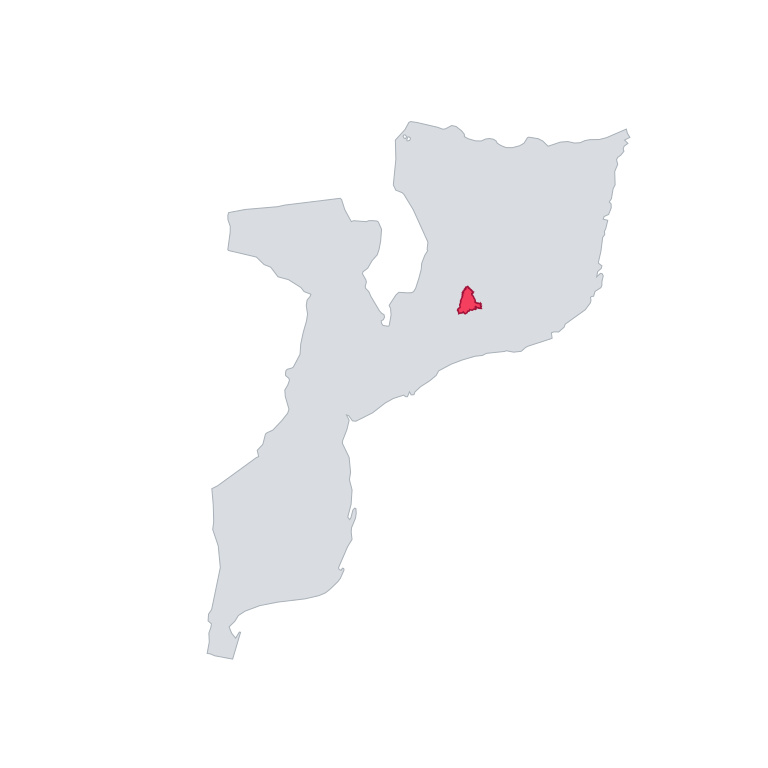 Ile, Zambezia, Mozambique (highlighted), rotated 13°
{"feature_id": "85939544B3686787806290", "entity_name": "Ile", "entity_type": "district", "adm_level": 2, "iso_a3": "MOZ", "parent_name": "Mozambique", "parent_adm1": "Zambezia", "projection": "albers", "projection_center": [37.321, -15.981], "detail": "fine", "context": "in_parent", "style": "filled", "palette": "rose", "viewbox_px": 768, "rotation_deg": 13, "n_neighbors": 0, "source": "geoboundaries", "source_scale": "gbopen_adm2", "svg_char_len": 7509}
<svg xmlns="http://www.w3.org/2000/svg" viewBox="0 0 768 768"><g transform="rotate(13 384 384)"><path d="M239.8,524.7L244.6,520.8L276.2,484.4L278.2,483.0L275.4,477.1L279.5,470.1L279.8,459.4L281.1,457.7L286.0,454.0L292.6,442.8L296.7,434.1L297.1,430.0L290.7,418.5L288.7,412.2L290.5,406.7L291.0,401.7L290.2,400.0L286.3,398.0L285.6,395.7L285.5,393.0L286.3,391.5L290.9,389.0L291.9,387.7L295.5,374.0L293.9,363.8L293.7,352.0L294.3,339.9L293.8,333.0L290.6,325.1L290.2,319.4L292.3,315.4L292.6,313.0L285.3,311.9L281.4,308.7L267.4,303.8L256.6,303.4L247.4,295.7L240.3,294.6L231.1,289.0L202.7,288.9L201.6,288.3L200.0,270.8L198.8,265.1L195.0,259.0L193.9,254.8L194.1,251.9L209.7,245.1L240.4,235.2L247.1,232.0L299.6,212.9L301.2,213.9L306.6,223.0L315.6,233.1L317.7,231.7L330.4,229.8L332.2,228.4L336.1,227.4L340.5,226.8L342.0,227.4L346.8,233.8L348.6,245.7L348.9,253.8L348.4,259.6L344.7,266.3L342.1,274.8L338.2,279.5L338.3,281.6L342.9,286.6L343.9,288.7L343.7,293.1L344.5,294.9L348.5,297.5L351.5,301.6L363.1,313.7L366.0,315.8L368.3,316.3L369.5,318.7L368.9,321.5L367.1,323.1L367.9,325.4L370.0,327.2L375.2,326.8L375.9,326.0L375.4,315.3L373.5,309.1L371.3,306.2L375.6,294.5L377.9,291.3L386.5,289.9L390.4,288.8L392.0,287.4L393.3,283.7L394.2,273.4L394.5,263.7L393.6,258.0L394.8,249.4L396.6,244.1L395.7,243.1L394.9,235.9L373.2,207.5L360.8,194.8L358.7,193.5L351.9,192.5L348.3,187.9L345.0,162.3L340.2,143.8L347.2,131.4L349.4,123.5L350.9,122.3L357.0,121.8L378.5,121.8L383.8,122.5L386.3,121.7L391.9,116.9L396.4,116.9L402.7,119.9L406.1,122.6L406.7,124.9L410.8,126.1L418.6,126.5L424.2,125.3L427.8,122.5L431.5,121.1L435.3,120.9L438.3,121.8L440.2,123.9L444.1,125.3L449.7,126.2L455.8,124.9L462.5,121.4L466.3,117.8L468.4,111.7L469.6,110.9L479.0,110.3L484.0,111.5L490.4,115.4L501.5,108.6L508.6,106.4L515.3,106.4L520.8,104.8L525.1,101.6L529.7,99.6L538.9,97.3L545.3,94.0L562.8,81.1L564.7,84.9L568.1,88.4L563.5,92.2L567.5,94.7L564.5,98.3L564.1,100.8L565.4,103.3L563.4,107.5L560.8,110.6L560.1,113.1L562.3,117.4L561.0,125.1L564.4,138.0L563.3,142.2L563.9,152.3L562.5,156.0L564.7,157.3L565.8,161.3L564.7,168.3L560.9,171.2L560.4,174.1L565.2,174.2L565.1,183.1L564.4,185.7L565.5,188.7L564.1,191.9L565.5,206.1L565.5,216.4L565.7,218.0L569.8,219.9L569.6,222.7L566.9,226.3L567.1,231.8L570.0,227.5L571.8,227.5L573.3,229.3L573.3,235.5L574.1,238.6L573.7,241.3L568.8,246.3L568.5,251.3L566.6,252.0L565.7,253.2L566.9,256.0L566.8,258.6L563.4,266.4L547.1,284.9L546.7,288.1L542.5,294.0L538.1,294.9L535.6,296.4L537.5,301.7L515.9,314.7L513.8,316.5L510.3,321.3L503.2,323.8L495.6,324.1L494.3,325.1L476.9,331.1L473.5,334.0L466.1,336.6L454.5,343.2L445.1,349.5L434.3,358.9L432.9,363.9L427.9,370.5L420.3,378.3L415.9,384.8L415.6,387.7L412.9,388.5L410.6,385.8L409.7,391.1L407.8,391.5L405.8,390.4L396.3,396.0L389.3,402.4L379.3,414.7L364.9,426.6L361.5,427.0L356.9,422.9L354.4,422.6L358.2,427.1L358.1,437.0L356.4,448.6L356.7,451.1L366.5,463.3L371.3,477.6L371.8,485.0L376.7,494.4L379.0,508.6L378.6,521.8L381.0,523.9L381.8,522.0L382.1,513.7L383.4,511.5L384.7,511.8L386.0,516.3L386.4,521.0L384.7,531.4L385.3,535.6L387.8,542.6L385.1,550.8L381.0,573.3L382.0,574.8L384.2,575.2L384.9,572.8L386.2,572.8L386.9,574.2L385.2,583.1L383.5,587.0L377.3,596.5L374.0,600.6L368.4,604.7L355.4,611.1L329.3,620.5L312.8,627.9L299.8,636.5L294.2,642.3L292.0,648.8L287.7,655.5L291.6,661.1L296.6,665.0L298.8,658.3L300.1,658.2L298.4,686.1L280.4,686.9L275.2,686.0L272.3,686.3L271.8,674.7L269.4,666.1L270.1,659.8L269.8,656.5L265.9,654.4L264.8,647.7L266.8,642.5L265.8,599.6L258.9,579.0L249.8,564.2L249.1,556.7L244.8,540.1L239.8,524.7ZM352.1,141.9L354.3,140.8L354.6,138.6L353.1,137.6L351.8,137.8L351.2,141.3L352.1,141.9ZM350.5,138.0L348.6,136.5L347.3,136.9L346.8,138.3L348.3,140.0L349.8,140.0L350.5,138.0Z" fill="#d9dde1" stroke="#a8b0b8" stroke-width="1"/><path d="M443.7,270.1L443.5,270.3L443.4,270.3L443.3,270.6L443.2,270.6L443.0,270.8L442.7,270.9L442.6,271.0L442.4,271.2L442.3,271.3L442.3,271.6L442.1,271.6L442.2,271.8L442.2,272.0L442.2,272.3L442.1,272.2L442.1,272.3L442.0,272.2L442.0,272.3L441.8,272.4L441.9,272.6L441.7,272.7L441.7,272.9L441.6,273.0L441.4,273.2L441.5,273.5L441.1,273.5L441.1,273.9L441.2,274.0L441.1,274.3L441.2,274.6L440.9,274.7L440.9,274.8L440.9,275.1L440.8,275.3L440.8,275.6L440.5,275.7L440.1,275.9L440.1,276.0L440.3,276.7L440.5,276.9L440.4,276.9L440.2,277.0L440.0,277.3L440.1,277.5L439.9,277.6L440.1,277.8L440.2,278.0L440.2,278.3L440.2,278.5L440.4,278.5L440.3,278.9L440.1,279.1L440.1,279.3L440.3,279.5L440.5,279.6L440.8,279.7L440.8,279.9L440.5,280.3L440.4,280.7L440.5,280.7L440.6,280.9L440.6,281.0L440.8,281.1L440.8,281.3L440.7,281.9L440.6,282.4L440.5,282.6L440.4,282.8L440.4,283.0L440.3,283.7L440.2,284.2L440.2,284.6L440.0,285.0L439.9,285.2L439.9,286.1L440.0,286.3L440.3,286.4L440.4,286.6L440.3,286.9L440.4,287.0L440.4,287.4L440.3,287.8L440.3,288.1L440.2,288.2L440.2,288.5L440.1,288.9L440.0,289.1L440.0,289.5L440.0,289.9L440.2,290.2L440.3,290.5L440.4,290.9L440.5,291.1L440.8,291.5L440.9,291.8L440.9,292.1L440.7,292.4L440.6,292.7L440.4,292.8L440.2,292.9L440.0,293.2L439.8,293.4L439.7,293.7L439.5,294.0L439.3,294.4L439.2,294.4L439.1,294.9L439.0,295.2L439.0,295.6L439.2,295.8L439.3,295.9L439.7,295.8L439.8,295.9L439.8,296.0L439.9,296.4L440.0,296.6L440.4,297.0L440.6,297.6L441.0,298.1L441.1,298.4L441.1,298.5L441.6,298.1L442.0,298.1L442.3,297.9L442.6,297.6L443.5,297.4L443.8,297.4L444.0,297.3L444.4,296.7L444.5,296.8L445.1,296.3L445.2,296.1L445.3,296.2L445.5,296.5L445.8,296.5L446.4,297.0L446.6,297.2L447.4,297.3L448.9,295.8L449.3,294.1L449.5,294.1L449.8,294.1L450.0,293.9L450.4,293.9L450.5,293.8L450.7,293.4L450.7,293.1L450.7,292.9L450.8,292.4L450.9,292.5L451.3,292.3L451.8,292.3L452.1,292.2L453.0,292.3L453.4,292.2L453.9,291.8L454.0,291.7L454.3,291.1L454.5,290.9L455.1,290.7L455.3,290.7L455.7,290.8L456.1,290.9L456.9,290.1L456.5,289.9L456.3,289.8L456.2,289.5L455.9,289.3L455.7,289.1L455.8,288.6L455.9,288.4L455.6,288.0L455.8,287.8L456.0,287.9L456.2,288.1L456.4,288.4L456.7,288.3L456.8,288.4L456.9,288.6L457.0,288.6L457.3,288.5L457.6,288.5L457.9,288.5L458.4,288.7L458.8,288.5L459.1,288.8L459.3,288.8L459.5,288.7L459.7,288.9L459.8,288.9L460.2,288.6L460.5,288.6L461.1,288.6L461.4,288.6L461.5,288.6L461.8,288.5L461.7,288.4L461.6,288.2L461.4,288.0L461.2,287.9L461.1,288.0L460.8,288.1L460.8,287.8L461.0,287.7L461.1,287.2L461.3,286.8L461.4,286.7L461.4,286.4L461.1,286.5L460.9,286.5L460.9,286.3L460.7,286.2L460.6,285.8L460.5,285.7L460.3,285.6L460.2,285.5L460.2,285.3L460.4,285.2L460.3,284.9L460.5,284.7L460.6,284.4L460.7,284.2L460.2,284.0L460.0,283.8L460.0,284.1L459.9,284.1L459.7,284.1L459.4,284.0L459.1,284.2L458.9,284.2L458.7,284.2L458.4,284.2L458.1,283.9L457.9,284.0L457.7,284.1L457.4,284.3L457.2,284.3L457.0,284.2L456.9,284.3L456.8,284.2L456.7,284.3L456.4,284.1L456.2,284.2L455.8,284.1L455.7,284.2L455.8,284.3L455.7,284.3L455.5,284.1L455.4,284.1L455.1,283.9L454.8,284.0L454.7,283.9L454.4,283.7L454.2,283.6L454.4,283.1L454.4,282.8L454.2,282.6L454.1,282.3L453.4,281.0L452.3,280.1L452.1,279.6L451.6,279.0L451.3,278.5L449.4,277.2L449.4,276.9L449.4,276.6L449.3,276.4L449.5,276.4L449.7,276.2L449.6,275.9L449.7,275.7L449.8,275.5L450.0,275.4L449.9,275.3L450.0,275.2L450.2,274.8L449.9,274.9L450.0,274.7L450.0,274.4L450.0,274.2L449.9,274.0L449.7,273.9L449.4,273.7L449.3,273.8L449.0,273.6L448.9,273.7L448.6,273.5L448.5,273.4L448.4,273.3L448.3,273.0L448.2,272.9L448.1,273.1L447.8,273.1L447.6,272.8L447.4,272.8L447.2,272.6L446.9,272.3L446.7,272.4L446.0,271.6L445.8,271.4L445.7,271.4L445.3,271.5L445.2,271.5L444.9,271.6L444.8,271.0L443.7,270.1Z" fill="#f43f5e" stroke="#9f1239" stroke-width="1.5"/></g></svg>